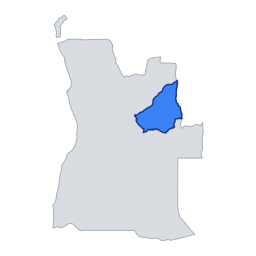 where Lunda Sul sits in Angola
{"feature_id": "AGO-1875", "entity_name": "Lunda Sul", "entity_type": "Province", "adm_level": 1, "iso_a3": "AGO", "parent_name": "Angola", "parent_adm1": "", "projection": "equal_earth", "projection_center": [20.634, -9.903], "detail": "fine", "context": "in_parent", "style": "filled", "palette": "blue", "viewbox_px": 256, "rotation_deg": 0, "n_neighbors": 0, "source": "natural_earth", "source_scale": "10m", "svg_char_len": 7940}
<svg xmlns="http://www.w3.org/2000/svg" viewBox="0 0 256 256"><path d="M202.4,122.8L202.6,125.0L202.9,128.0L203.0,130.2L203.2,131.2L203.3,131.7L203.1,132.3L202.9,133.6L202.6,134.7L202.4,135.5L202.5,137.0L202.2,141.4L202.2,143.5L202.6,147.4L202.5,148.6L201.5,152.1L201.2,153.9L201.2,154.8L202.2,157.4L202.2,157.9L201.3,158.1L200.7,158.1L177.8,158.1L177.7,203.0L177.7,206.8L178.4,211.9L179.7,217.4L180.3,217.9L181.6,218.9L183.5,220.9L184.5,222.5L186.7,225.2L189.5,228.6L194.6,234.4L177.4,238.8L170.7,240.3L170.2,240.3L169.2,239.7L167.1,239.6L164.6,240.4L162.6,240.6L161.1,240.3L159.7,239.5L158.3,238.5L155.9,238.1L152.5,238.4L149.1,238.2L146.0,237.5L143.7,237.2L142.3,237.3L140.8,237.1L139.2,236.5L137.9,235.5L136.3,233.3L135.1,231.2L134.8,230.9L134.4,230.6L134.0,230.5L127.2,230.4L85.5,230.3L80.7,230.7L80.3,230.6L79.7,230.3L79.3,229.9L77.9,228.7L76.7,227.8L75.1,226.3L74.0,224.6L73.1,224.1L71.6,223.8L70.4,223.5L69.4,223.4L67.8,224.2L66.5,225.0L65.6,225.7L64.1,226.6L62.8,227.4L60.5,227.3L60.0,227.5L58.7,227.4L57.5,226.7L56.3,226.7L54.9,227.7L53.0,228.0L53.3,221.9L53.8,219.1L53.7,215.8L53.3,207.3L52.9,206.2L52.7,204.8L53.9,203.8L54.5,203.0L55.3,201.6L55.9,199.6L56.5,195.2L58.9,185.2L60.0,175.3L61.4,170.6L62.0,165.4L66.1,158.6L67.2,154.4L69.3,152.4L72.4,150.2L74.6,146.3L75.7,143.6L76.9,138.5L76.8,133.1L77.5,125.9L77.3,123.8L76.1,120.9L75.9,118.9L74.8,116.9L73.6,115.4L73.1,112.6L71.0,108.3L70.5,105.5L69.5,103.4L69.3,100.9L68.8,98.2L67.8,95.5L66.8,92.5L66.8,91.6L67.4,90.4L67.9,90.0L67.7,90.6L67.4,91.3L67.5,91.8L71.2,86.5L71.4,85.5L71.3,84.3L71.3,82.9L71.4,81.2L67.8,71.4L64.9,62.2L64.4,57.6L60.6,51.5L59.1,47.6L58.2,44.8L57.6,43.7L57.8,43.2L58.8,43.1L60.9,42.4L63.9,41.7L66.6,40.1L67.3,39.4L68.8,39.2L70.2,39.7L70.8,39.4L71.1,39.3L74.5,39.3L76.0,39.2L78.6,39.3L80.3,39.4L81.3,39.6L83.8,39.8L87.1,39.8L88.2,39.6L92.4,39.5L100.3,39.4L104.5,39.4L107.6,39.4L109.1,40.0L110.4,41.1L111.0,42.1L111.3,42.5L111.7,43.6L112.4,44.4L112.6,45.7L112.4,47.4L112.5,49.5L113.0,52.0L113.8,54.6L115.2,57.3L115.8,59.4L115.6,61.0L116.0,62.7L117.0,64.4L117.7,65.3L118.1,66.1L119.2,68.8L122.9,76.3L123.4,76.7L124.2,76.6L125.9,76.2L127.5,76.2L128.7,76.8L129.2,76.7L131.0,75.4L132.8,75.0L134.6,74.5L135.6,74.0L136.7,74.0L139.7,75.0L140.3,75.1L142.8,75.1L145.2,74.5L145.6,70.1L145.6,69.3L146.2,67.7L146.9,66.2L147.0,64.9L147.0,63.0L147.5,60.8L149.2,59.0L151.8,58.1L153.3,58.0L155.7,57.5L159.4,56.9L160.7,57.0L160.8,57.3L160.0,60.4L160.0,61.4L160.3,62.4L160.9,63.0L168.1,63.1L175.1,63.5L175.5,63.6L175.8,63.8L176.2,65.4L176.1,68.4L175.4,72.8L175.7,76.9L176.9,80.7L177.0,86.6L176.0,94.5L175.8,99.5L176.3,101.6L177.5,103.8L179.2,106.1L180.6,109.0L181.5,112.7L181.8,115.0L181.6,115.9L181.6,117.5L181.9,119.8L181.6,121.4L180.6,122.1L180.3,123.2L180.8,125.2L180.9,127.0L181.5,128.2L182.0,128.3L182.9,127.6L184.1,126.4L185.0,125.9L186.3,126.0L188.1,126.3L191.4,126.4L192.4,126.2L195.4,124.6L196.1,124.5L197.3,124.6L199.0,125.1L200.7,125.2L201.5,124.7L201.6,124.0L201.9,123.2L202.4,122.8ZM67.3,18.8L67.1,19.1L65.7,19.8L64.3,20.5L62.4,23.3L61.4,24.6L61.1,24.9L60.2,25.5L59.6,26.1L59.6,26.4L60.0,26.8L60.5,27.4L60.5,32.0L60.3,36.6L60.1,36.9L58.8,37.1L57.2,37.4L56.7,37.6L56.5,37.2L56.0,35.5L56.3,33.9L56.6,32.8L56.2,30.4L55.4,28.2L54.5,25.5L54.2,25.0L54.9,24.1L56.0,22.2L56.5,21.2L57.8,21.0L58.3,20.3L58.6,19.2L58.7,18.5L60.2,18.0L61.9,17.1L62.9,16.0L63.9,15.4L64.5,15.4L64.9,15.6L66.0,17.4L67.0,18.5L67.3,18.8Z" fill="#d9dde1" stroke="#a8b0b8" stroke-width="1"/><path d="M177.1,80.6L176.9,80.9L177.1,81.3L177.4,81.9L177.5,82.6L177.4,83.4L177.1,84.7L177.3,84.8L177.1,85.3L177.0,85.8L176.7,88.1L176.5,88.8L176.4,89.2L176.3,90.5L176.3,91.3L176.1,93.3L176.3,94.9L176.3,95.6L176.2,96.3L175.8,97.3L175.7,97.9L175.6,98.3L175.6,98.5L175.8,99.0L176.0,99.8L176.2,101.3L176.3,102.0L176.6,102.7L177.4,103.7L177.6,104.4L177.8,104.2L177.9,104.7L178.1,105.2L178.8,106.3L179.0,106.3L179.1,106.2L179.2,106.3L179.4,106.6L179.9,107.0L180.1,107.2L180.2,107.6L180.3,108.2L180.5,109.1L180.6,109.8L180.7,110.0L180.6,110.5L180.8,111.3L181.1,112.0L181.4,112.8L181.6,113.5L181.8,114.0L181.9,114.3L182.0,114.5L181.9,115.0L181.8,115.4L181.5,116.0L181.5,116.4L181.5,116.7L181.6,116.9L181.8,117.2L181.9,117.5L181.9,118.2L181.9,118.5L181.4,118.8L181.1,118.8L180.9,118.7L180.6,118.5L180.5,118.4L179.8,118.2L179.7,118.2L179.4,118.2L179.2,118.1L179.0,118.3L178.9,118.4L178.9,118.5L178.7,118.6L176.7,118.8L175.9,118.8L175.7,118.8L175.5,119.0L175.4,119.1L175.2,119.6L175.0,120.1L175.0,120.6L174.9,120.9L174.9,121.2L175.0,121.8L174.9,121.9L174.9,122.0L174.5,122.5L174.3,122.7L174.1,123.1L174.0,123.3L174.0,123.5L174.0,123.9L173.9,124.5L173.8,124.8L173.8,125.0L173.8,125.3L173.9,125.5L174.0,125.6L174.0,125.8L174.2,126.0L174.3,126.0L174.3,126.3L174.4,126.6L174.3,127.2L174.2,127.3L173.8,127.5L173.7,127.6L173.1,128.0L172.6,128.0L172.4,127.9L172.3,127.7L172.1,127.8L171.9,127.8L171.7,128.1L171.6,128.3L170.8,128.5L170.6,128.7L170.5,128.8L170.0,128.9L169.3,129.3L169.0,129.4L168.7,129.5L168.4,129.7L168.5,129.8L168.3,130.2L168.2,130.3L168.0,130.5L167.9,130.6L167.7,130.9L167.7,131.1L167.4,131.3L167.2,131.4L166.9,131.4L166.7,131.5L166.2,131.9L166.1,132.0L166.2,132.5L166.2,132.8L165.6,132.9L164.6,132.8L164.4,132.7L164.2,132.7L163.9,132.6L163.6,132.6L163.1,132.3L162.9,132.3L162.7,132.3L162.5,132.2L162.4,132.1L162.3,131.8L162.2,131.8L161.8,131.8L161.7,131.8L161.6,131.7L161.3,131.4L161.2,131.4L160.6,131.2L160.4,131.0L160.3,130.8L160.3,130.7L160.2,130.7L159.9,130.7L159.6,130.6L159.3,130.4L159.2,130.1L158.9,129.9L158.7,129.8L158.6,129.7L158.4,129.6L158.1,129.6L158.0,129.8L157.9,129.8L157.6,129.7L157.3,129.6L157.2,129.5L157.1,129.3L157.0,129.2L156.6,129.0L156.4,129.0L156.3,128.9L156.2,128.8L156.1,128.7L155.9,128.6L155.7,128.4L155.4,128.5L155.2,128.8L155.0,129.1L154.9,129.3L154.8,129.5L154.6,129.7L154.3,129.7L154.2,129.6L153.9,129.4L153.7,129.3L153.4,129.4L153.0,129.3L152.9,129.3L152.8,129.5L152.7,129.8L152.6,130.0L152.4,130.0L152.2,129.9L152.0,129.5L151.9,129.4L151.7,129.3L151.5,129.2L151.4,129.2L151.3,129.3L150.9,129.7L150.8,129.8L150.3,130.0L150.1,130.1L149.9,130.1L149.3,129.7L148.8,129.2L148.6,129.2L148.1,129.4L147.9,129.6L147.9,129.8L147.8,130.0L147.7,130.2L147.3,130.6L147.2,130.8L146.9,131.1L146.7,131.3L146.0,131.8L145.9,131.8L145.2,131.8L145.0,131.7L144.9,131.7L144.7,131.7L144.4,131.8L144.3,132.0L144.2,132.1L144.0,132.3L143.4,132.5L143.4,132.1L143.5,131.5L143.6,131.1L143.7,130.7L144.0,129.9L144.0,129.5L143.8,129.1L143.6,128.8L143.2,128.6L142.5,128.4L142.2,128.2L141.9,127.9L141.3,127.1L140.8,126.5L138.2,124.3L138.0,123.9L137.9,123.5L137.7,123.2L137.0,122.4L136.8,122.1L136.6,121.7L136.5,121.3L136.4,120.8L136.4,119.9L136.3,119.7L136.2,119.7L136.3,119.4L136.4,119.5L136.5,119.6L136.8,119.4L136.6,119.1L136.8,119.0L136.8,118.8L136.8,118.7L137.0,118.5L136.8,118.3L136.9,118.1L137.0,118.1L136.8,118.0L136.7,117.9L136.6,117.7L136.2,117.6L136.0,117.4L135.9,117.3L135.8,117.2L135.6,116.9L135.5,116.4L135.3,116.2L135.3,115.9L135.1,115.9L134.9,115.8L134.7,115.8L134.8,115.5L134.8,115.4L134.5,115.0L134.3,114.9L136.5,115.1L137.4,114.8L138.5,114.1L138.8,113.8L139.4,113.0L139.8,112.7L140.1,112.5L140.4,112.4L141.6,112.2L142.5,111.8L142.8,111.6L143.1,111.3L143.7,110.6L144.1,110.2L144.4,110.1L145.3,109.7L145.9,109.1L146.4,108.6L146.9,108.2L148.0,108.0L148.4,107.7L148.7,107.5L149.2,107.0L150.9,106.4L151.7,105.7L152.3,104.9L152.7,104.1L152.8,103.7L152.9,103.3L153.2,100.0L153.3,99.5L153.4,99.3L153.6,99.1L153.8,98.8L155.7,96.7L156.2,96.2L156.7,96.1L157.3,95.9L157.7,95.7L158.0,95.4L158.1,95.0L158.3,94.2L158.4,93.9L158.5,93.6L158.7,93.4L160.6,92.2L161.4,91.8L162.0,91.5L162.3,91.0L162.4,90.6L162.6,89.8L162.7,89.4L163.1,88.5L163.8,87.5L164.7,86.6L165.0,86.0L165.5,85.5L165.9,85.3L166.1,85.2L166.7,85.1L167.0,85.0L167.7,84.6L168.0,84.6L168.3,84.6L169.0,84.4L169.5,84.4L170.2,84.6L171.0,84.6L172.6,84.1L172.8,83.8L173.0,83.5L173.1,83.4L173.5,83.0L173.9,82.7L174.6,82.3L175.6,82.1L175.9,81.8L176.1,81.5L176.3,81.1L177.0,80.6L177.1,80.6Z" fill="#3b82f6" stroke="#1e3a8a" stroke-width="1.5"/></svg>